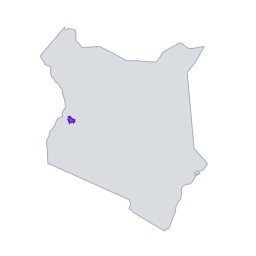 Cherangany, Rift Valley, Kenya shown in context, rotated 355°
{"feature_id": "3690345B16240552911731", "entity_name": "Cherangany", "entity_type": "district", "adm_level": 2, "iso_a3": "KEN", "parent_name": "Kenya", "parent_adm1": "Rift Valley", "projection": "mercator", "projection_center": [35.178, 1.046], "detail": "fine", "context": "in_parent", "style": "filled", "palette": "violet", "viewbox_px": 256, "rotation_deg": 355, "n_neighbors": 0, "source": "geoboundaries", "source_scale": "gbopen_adm2", "svg_char_len": 3888}
<svg xmlns="http://www.w3.org/2000/svg" viewBox="0 0 256 256"><g transform="rotate(355 128 128)"><path d="M45.2,157.1L45.2,153.6L45.7,144.6L45.6,136.7L46.1,132.7L48.0,130.2L48.9,128.4L49.5,125.9L50.6,123.8L52.9,122.1L53.3,121.2L55.8,118.3L57.2,114.7L58.3,113.5L59.7,112.3L60.7,111.7L62.3,111.1L63.6,110.8L63.8,110.5L63.9,109.9L63.5,107.7L64.0,106.9L64.9,105.4L65.9,104.0L66.8,103.1L67.3,102.2L67.5,100.6L67.5,99.5L67.5,97.7L67.2,93.5L66.2,90.0L65.6,86.1L66.0,84.9L65.2,82.6L64.8,82.4L64.1,81.9L63.3,79.8L62.6,77.8L62.2,77.3L59.5,75.6L58.1,71.6L56.5,70.6L55.7,66.6L55.5,65.5L56.4,61.4L56.3,60.5L55.4,59.7L52.8,58.8L50.7,57.1L50.9,56.6L51.1,56.0L50.0,55.6L46.7,48.7L50.9,44.5L55.1,40.3L60.5,35.0L65.5,30.2L69.7,25.9L73.6,22.2L73.5,22.9L73.5,23.9L74.0,24.4L74.7,24.8L75.8,24.4L76.8,23.8L77.7,23.7L83.4,25.3L84.4,26.6L84.3,28.1L84.6,29.2L84.2,30.2L83.7,33.5L83.8,36.4L85.5,38.6L87.1,40.4L88.3,42.8L89.2,43.5L90.4,43.9L94.4,44.0L100.2,44.2L105.8,44.3L106.3,44.4L107.5,44.7L112.7,48.0L117.4,50.9L121.4,53.5L125.3,56.1L129.1,58.5L132.0,60.6L134.9,61.2L139.6,61.5L142.9,61.6L145.9,62.4L150.3,63.2L153.7,63.6L155.7,64.1L161.3,64.6L162.2,64.3L164.6,62.0L167.4,58.4L168.5,56.3L172.0,54.3L178.3,51.5L182.7,49.6L187.6,47.6L189.9,49.3L192.9,52.1L194.3,53.4L195.4,54.0L197.1,54.4L199.1,54.4L200.2,54.4L202.5,54.0L207.8,53.7L210.8,53.7L208.3,57.4L205.2,61.8L199.6,69.9L195.3,74.1L192.1,77.3L191.8,77.9L191.8,81.5L191.8,90.2L191.9,107.7L191.9,125.2L192.0,142.7L192.0,151.5L192.1,154.4L194.9,158.1L197.7,161.7L201.4,166.4L203.3,169.0L203.7,169.8L203.6,171.5L200.5,175.1L198.1,176.7L194.7,177.5L193.7,177.3L192.4,176.8L191.9,177.7L191.5,179.0L190.8,178.7L190.2,178.3L190.5,180.7L190.9,181.9L190.4,183.5L188.8,184.8L188.6,186.0L185.1,189.1L180.1,189.4L177.5,190.9L176.4,192.1L175.5,194.9L175.8,199.0L174.4,202.2L174.1,203.8L171.6,205.9L170.4,207.8L169.6,209.8L168.9,210.6L168.0,215.0L166.8,217.6L166.5,218.5L166.2,219.3L165.2,220.8L164.6,221.9L164.2,222.6L161.2,229.4L158.8,232.4L157.0,232.1L155.7,233.3L155.6,233.8L154.9,233.5L153.4,232.4L150.2,230.1L147.0,227.8L143.8,225.5L140.6,223.2L137.5,220.9L134.3,218.6L131.1,216.3L127.9,214.0L126.0,212.6L125.2,211.8L124.6,210.3L124.2,209.9L123.4,209.4L122.4,209.3L122.1,209.0L122.1,208.2L122.5,207.1L123.6,205.0L123.8,203.7L123.5,202.3L123.2,200.1L122.9,199.6L120.7,198.4L116.3,195.9L111.9,193.4L107.5,191.0L103.0,188.5L98.6,186.0L94.2,183.6L89.8,181.1L85.4,178.6L80.9,176.1L76.5,173.7L72.1,171.2L67.7,168.7L63.2,166.3L58.8,163.8L54.4,161.3L50.0,158.8L48.3,157.9L46.8,157.1L45.2,157.1ZM192.4,181.1L191.6,181.3L192.0,180.1L194.3,178.6L195.2,178.9L195.4,179.3L195.3,179.6L195.0,179.9L192.4,181.1Z" fill="#d9dde1" stroke="#a8b0b8" stroke-width="1"/><path d="M75.4,116.7L75.1,116.6L75.1,116.4L75.2,116.2L75.3,116.0L75.3,115.9L75.2,115.9L75.1,115.5L75.4,115.4L75.5,115.3L75.5,115.2L75.4,115.1L74.8,114.9L74.7,114.9L74.3,114.7L73.8,114.4L73.7,114.3L73.5,114.2L73.2,114.1L72.9,113.9L72.9,113.7L72.5,113.2L72.2,113.1L71.8,112.5L71.7,112.3L71.5,112.1L71.4,111.9L71.2,111.6L71.1,111.4L70.7,111.7L70.4,111.7L70.1,111.7L70.2,111.8L70.3,111.9L70.3,112.0L70.3,112.6L70.2,112.7L70.1,112.8L69.9,112.9L69.9,113.0L69.7,113.1L69.4,113.3L69.5,113.5L69.4,113.8L69.3,114.0L69.2,114.1L69.1,114.3L69.2,114.5L69.3,114.8L69.4,115.0L69.5,115.1L69.4,115.1L69.4,115.3L69.5,115.3L69.4,115.4L69.4,115.5L69.5,115.6L69.7,115.8L69.7,116.0L69.8,116.0L69.8,116.3L69.9,116.5L70.0,116.5L70.1,116.8L70.1,117.0L70.2,117.3L70.2,117.5L70.3,117.6L70.3,117.8L70.4,117.7L70.5,117.5L70.5,117.4L70.6,117.2L70.8,117.2L71.0,117.2L71.0,117.3L71.0,117.2L71.2,117.3L71.2,117.2L71.3,117.2L71.5,117.2L71.8,117.1L72.0,117.1L72.3,117.2L72.5,117.2L72.8,117.1L73.0,117.0L73.0,116.9L73.3,116.8L73.5,116.9L73.6,117.0L73.8,117.2L74.0,117.2L74.0,117.3L74.1,117.5L74.3,117.7L74.3,117.8L74.4,117.7L74.8,117.1L74.8,116.9L74.9,117.0L75.0,117.1L75.3,116.9L75.4,116.7Z" fill="#8b5cf6" stroke="#5b21b6" stroke-width="1.5"/></g></svg>